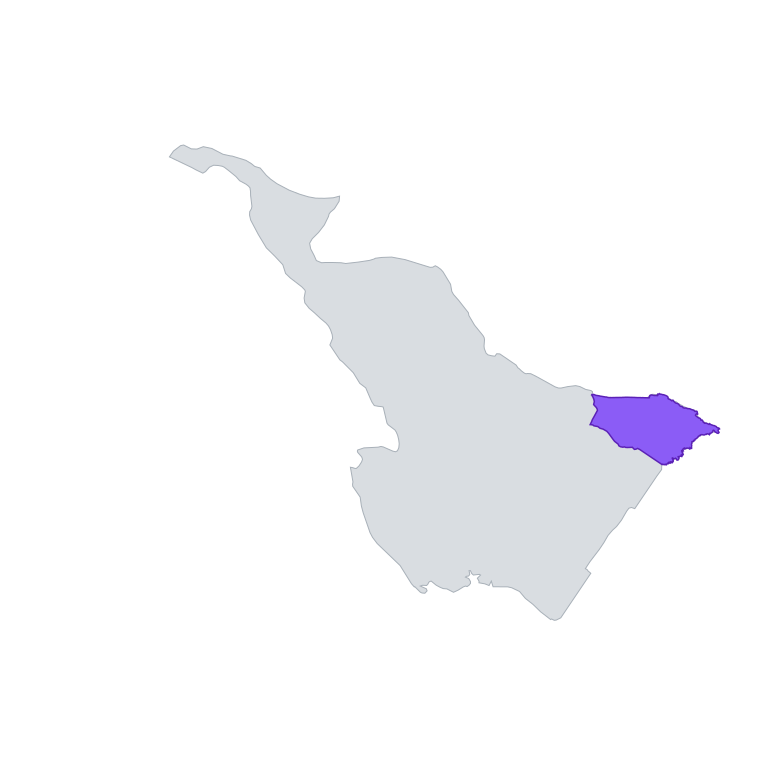 location of Boumba-Et-Ngoko, Est, Cameroon, rotated 304°
{"feature_id": "32672807B40314964499081", "entity_name": "Boumba-Et-Ngoko", "entity_type": "district", "adm_level": 2, "iso_a3": "CMR", "parent_name": "Cameroon", "parent_adm1": "Est", "projection": "equal_earth", "projection_center": [15.54, 2.833], "detail": "fine", "context": "in_parent", "style": "filled", "palette": "violet", "viewbox_px": 768, "rotation_deg": 304, "n_neighbors": 0, "source": "geoboundaries", "source_scale": "gbopen_adm2", "svg_char_len": 9539}
<svg xmlns="http://www.w3.org/2000/svg" viewBox="0 0 768 768"><g transform="rotate(304 384 384)"><path d="M232.7,522.6L233.8,518.4L242.5,498.9L247.9,467.7L250.4,460.4L253.0,455.5L265.5,438.9L270.1,433.6L276.9,427.5L281.7,415.3L283.3,414.0L285.5,413.0L296.2,402.7L297.1,404.7L297.8,407.2L298.6,408.3L302.1,409.1L306.9,409.0L309.6,408.3L311.1,406.2L312.6,400.5L313.5,399.4L314.6,399.1L319.8,403.1L328.3,414.4L330.5,416.4L331.4,418.6L333.3,428.9L334.3,431.5L336.2,432.5L339.5,431.9L343.0,430.0L346.0,427.4L349.1,424.0L351.1,420.9L352.0,418.7L352.5,410.3L353.2,408.4L364.4,396.3L364.1,395.1L362.3,391.7L360.7,388.0L362.3,384.1L364.1,381.1L370.6,371.0L371.0,363.6L376.2,352.2L379.2,337.0L379.3,334.0L386.1,317.3L393.2,315.8L395.9,313.5L399.1,309.3L401.1,305.5L402.1,301.8L402.8,294.7L404.1,286.7L404.9,279.6L407.0,273.0L410.6,269.7L416.8,267.0L417.7,265.7L418.6,261.4L419.5,247.0L420.6,240.6L426.3,233.4L428.9,222.1L431.1,210.3L437.7,196.1L445.3,181.9L448.8,178.1L451.8,176.3L455.2,176.1L457.5,175.1L465.7,168.0L469.1,165.6L471.7,163.2L472.3,161.0L472.5,157.9L471.8,150.6L473.2,145.3L474.0,136.9L474.4,130.5L474.1,128.2L472.5,124.5L470.1,120.4L466.0,118.0L460.4,117.3L457.5,115.9L456.4,108.5L456.0,103.8L452.3,79.1L459.4,79.2L467.9,82.1L470.1,84.3L471.2,92.8L474.2,97.6L479.7,101.5L483.0,109.6L484.4,122.0L487.3,129.3L488.0,130.5L492.2,144.4L492.5,150.9L492.1,155.2L493.8,160.6L491.2,169.7L490.4,175.4L490.2,183.3L491.7,197.2L494.2,208.0L496.9,216.7L499.9,223.5L504.8,231.0L510.0,237.8L514.9,242.1L510.4,244.6L501.6,244.9L496.6,243.5L494.2,243.4L491.8,244.3L482.5,245.6L473.1,245.0L464.4,243.3L459.1,243.6L455.0,247.7L451.6,254.0L448.5,258.9L449.6,264.4L451.9,267.4L456.4,274.1L460.5,280.6L462.5,284.9L470.6,294.4L478.4,302.9L482.1,305.9L483.4,306.5L487.7,311.4L493.5,319.4L498.9,331.9L506.5,357.0L508.1,359.1L510.7,360.4L511.0,363.1L510.8,367.0L510.0,370.2L503.9,383.4L498.7,388.4L497.1,391.5L495.1,399.1L490.3,414.0L488.2,416.1L483.4,426.2L479.5,439.0L478.5,441.0L476.9,442.6L471.4,445.7L469.5,447.3L466.7,451.3L466.3,453.9L467.6,457.5L469.1,460.4L472.1,460.5L473.7,463.2L473.6,483.0L472.3,485.9L472.3,487.3L471.7,490.7L471.5,494.5L471.9,496.0L473.0,497.2L474.6,499.9L475.4,506.0L477.3,527.4L478.2,530.8L479.7,533.1L484.6,537.8L489.8,543.8L491.4,547.8L492.3,554.3L494.3,559.3L494.2,561.1L493.4,561.7L490.2,562.2L491.3,565.9L494.0,572.3L507.1,592.1L519.7,609.8L522.6,611.1L524.8,611.5L525.8,612.6L527.0,615.1L531.2,621.5L531.9,625.3L531.0,628.8L532.0,634.3L532.7,636.3L532.4,638.1L532.9,644.9L534.0,650.7L535.9,655.8L535.7,659.3L533.2,661.3L531.8,664.5L531.4,669.1L532.1,674.7L534.0,681.2L534.1,685.0L531.0,687.6L527.6,683.1L523.9,680.1L518.3,674.8L512.7,672.9L505.4,672.6L502.3,673.2L496.9,668.9L495.2,668.3L492.8,670.1L491.1,670.2L489.1,669.5L484.9,669.6L484.6,666.5L483.8,665.9L479.4,666.2L478.0,663.7L477.4,664.0L475.7,663.2L472.1,659.6L468.3,662.0L460.4,661.7L420.9,661.6L420.0,658.2L418.0,656.5L414.4,656.3L403.9,657.0L395.9,656.5L390.5,655.2L383.8,654.4L375.5,655.0L367.0,655.0L351.9,654.1L343.5,654.2L343.7,656.2L343.1,657.7L342.7,661.3L289.0,661.3L284.6,658.8L283.3,657.3L282.9,654.3L281.9,653.9L282.7,641.3L284.6,630.8L285.3,621.1L287.8,612.4L286.5,603.8L285.0,600.0L276.9,587.8L280.6,583.2L275.7,583.8L274.7,579.3L272.3,573.9L273.7,573.0L275.2,570.0L279.6,570.9L279.5,569.5L275.6,564.9L276.0,562.6L277.6,560.0L276.8,558.9L274.1,561.6L272.1,561.5L270.6,559.8L269.4,559.5L270.1,563.0L268.6,566.1L267.1,567.2L264.6,567.0L262.6,566.2L262.0,564.5L260.1,563.2L254.7,560.8L250.2,558.1L249.3,550.7L247.5,547.5L246.8,543.9L246.4,539.7L247.0,533.4L245.9,532.4L244.6,532.0L242.6,532.3L240.8,532.0L238.7,528.5L236.8,527.1L237.9,533.6L236.6,535.4L233.4,534.9L232.0,532.4L231.7,530.6L233.2,522.8L232.7,522.6Z" fill="#d9dde1" stroke="#a8b0b8" stroke-width="1"/><path d="M465.6,577.6L466.8,579.9L466.7,581.4L468.3,585.1L468.1,587.9L469.1,590.9L469.4,595.2L468.7,597.9L466.2,604.8L465.4,607.2L465.1,611.3L465.0,611.9L464.1,613.2L464.2,615.1L465.2,617.4L466.3,618.4L466.6,619.9L467.6,621.5L470.4,625.3L469.8,628.1L470.7,629.2L472.4,630.3L472.7,632.6L472.7,659.5L472.9,659.6L473.2,659.7L473.4,660.0L473.5,660.6L473.7,660.9L474.1,661.9L474.6,661.9L474.8,662.2L474.9,662.4L474.7,662.9L474.9,663.3L475.1,663.4L476.1,663.3L476.3,663.3L476.5,663.4L476.8,663.8L477.0,664.4L477.5,664.5L477.8,664.7L478.0,664.5L477.8,664.1L477.8,663.9L477.8,663.7L478.1,663.7L479.1,664.7L479.1,664.9L479.1,665.2L478.6,665.1L478.6,665.4L478.6,665.6L478.9,665.6L479.3,665.2L479.8,665.1L479.9,665.3L480.0,665.6L479.9,665.9L479.7,666.6L479.9,667.0L480.1,667.0L480.6,666.4L480.8,666.4L481.3,667.1L482.0,666.9L482.3,666.5L482.3,666.4L482.5,666.0L482.9,665.8L483.5,666.0L483.6,665.8L483.6,665.6L483.3,664.9L483.4,664.7L483.8,664.4L484.0,664.5L484.1,664.8L484.1,665.9L484.2,666.4L484.5,666.7L485.4,667.0L485.5,667.3L485.5,667.7L485.4,668.3L485.2,668.7L484.8,669.1L484.8,669.3L484.9,669.6L485.4,670.2L485.8,670.4L486.1,670.4L486.4,670.2L487.0,670.2L487.6,670.0L487.8,669.8L488.0,668.8L488.3,668.5L489.2,669.6L489.8,669.9L490.2,670.3L490.2,671.1L490.5,671.5L490.9,671.3L491.5,670.2L491.8,670.4L491.9,670.6L491.8,671.0L491.8,671.3L492.1,671.3L492.4,671.5L493.1,671.4L493.3,670.9L493.4,670.3L493.7,669.6L493.9,669.6L494.2,669.9L494.4,669.8L494.7,669.5L494.7,669.2L494.8,668.3L494.9,668.2L495.3,668.1L495.6,669.2L495.8,669.4L495.9,669.5L496.3,668.8L496.6,668.4L497.0,668.3L497.4,668.3L497.7,668.6L498.5,668.6L498.9,668.9L498.8,669.2L498.5,669.8L499.2,669.9L499.4,670.2L499.5,670.5L500.0,670.7L500.4,671.2L500.9,672.0L501.1,672.6L501.1,672.9L501.0,673.5L501.0,673.8L501.3,674.0L501.5,674.0L501.8,673.8L502.2,673.5L502.2,673.8L502.1,674.1L502.3,674.6L502.6,675.0L503.1,674.7L504.3,673.8L504.5,673.7L505.1,673.5L505.7,672.8L506.1,672.6L506.8,672.3L507.9,671.9L508.2,671.6L508.5,671.6L509.7,672.7L509.9,672.8L510.3,672.4L510.5,672.4L510.8,672.5L511.3,673.1L511.5,673.1L512.1,672.8L512.4,672.8L513.0,673.3L513.8,673.6L514.9,673.9L515.5,674.0L516.2,673.8L517.6,674.5L517.8,674.9L518.0,675.0L518.4,674.7L518.7,674.8L519.3,675.2L519.5,675.4L519.7,675.9L520.2,676.5L520.3,676.9L520.5,677.5L521.0,678.2L521.8,678.6L522.1,678.7L522.4,679.4L522.6,679.5L523.4,679.6L523.6,679.9L524.0,681.6L523.9,682.1L524.1,682.1L524.6,681.5L525.1,681.6L525.2,682.1L525.3,682.3L525.5,682.4L526.0,682.4L527.0,683.0L528.5,683.1L529.4,682.8L529.7,682.8L529.9,683.0L530.0,683.4L530.0,683.7L529.5,684.9L529.4,685.3L529.4,685.7L529.6,686.0L529.5,687.0L529.5,687.4L529.8,688.4L529.9,688.6L530.5,688.7L530.9,688.9L531.2,688.9L531.8,687.7L532.0,687.1L532.4,686.9L532.6,686.8L532.8,686.8L533.2,686.6L533.4,686.6L533.6,686.6L534.0,687.1L534.4,687.3L534.6,686.9L534.7,686.3L534.7,686.1L534.4,685.4L534.2,685.0L534.2,684.5L534.2,684.0L534.4,683.6L534.5,683.0L534.3,682.0L534.2,681.1L533.9,680.5L533.7,680.2L533.6,679.6L533.2,678.0L533.1,677.4L533.1,677.0L533.2,676.5L533.2,676.3L533.2,676.2L532.5,676.3L532.3,676.2L532.2,676.0L532.1,674.9L532.1,674.5L531.9,674.1L531.9,673.5L531.8,673.2L531.4,672.7L531.1,672.2L530.8,671.9L530.8,671.7L531.0,671.3L530.8,670.7L530.9,670.2L531.1,669.6L531.7,668.9L532.0,668.1L532.0,667.8L531.7,667.5L531.4,667.3L531.3,667.0L531.3,666.8L531.5,666.5L531.9,666.2L532.1,665.9L532.2,665.5L532.2,664.9L532.1,664.4L532.0,664.2L531.8,663.8L531.8,662.7L531.9,661.9L532.0,660.5L532.1,659.9L532.5,659.6L533.2,659.6L533.5,659.7L533.9,659.7L534.0,659.9L534.2,660.8L534.3,660.9L534.5,660.9L534.8,660.6L535.0,660.1L535.3,659.8L535.8,659.6L536.1,659.1L536.3,658.7L536.3,658.4L536.2,658.3L535.2,657.1L535.2,656.6L535.4,656.0L535.4,655.6L535.2,654.5L535.0,653.9L534.9,653.6L534.6,652.5L534.5,651.5L534.4,651.1L533.9,650.3L533.2,649.2L533.2,648.6L533.1,648.4L532.9,648.0L532.7,647.3L532.1,646.7L532.0,646.4L532.0,646.1L531.8,645.8L531.6,645.3L531.8,645.0L531.9,644.6L532.0,643.9L532.0,643.6L531.8,643.2L531.5,642.9L531.4,642.5L531.3,642.0L531.5,641.0L531.8,640.2L531.9,639.7L532.0,639.3L532.0,638.2L531.4,636.7L531.3,636.0L531.5,634.8L531.6,634.1L531.8,633.6L532.0,633.2L532.2,632.7L531.9,632.3L531.4,632.3L531.1,632.1L531.0,631.9L531.2,631.7L531.0,631.3L531.0,631.2L531.1,630.3L531.2,629.9L531.0,629.6L531.0,629.4L530.9,629.1L530.9,628.7L530.7,628.2L530.7,627.8L530.7,627.7L531.5,627.2L531.8,626.7L532.0,626.5L532.2,626.2L532.2,625.5L532.1,624.6L532.1,624.2L531.6,622.4L531.5,621.8L531.0,621.2L530.9,620.6L530.7,620.0L530.4,619.3L530.1,618.8L530.0,618.6L530.1,618.0L529.9,618.0L529.6,617.8L529.3,617.6L529.2,617.5L529.2,617.1L528.9,616.9L528.8,616.6L528.4,616.6L528.1,616.6L527.9,616.6L527.7,616.8L527.6,617.3L527.4,617.3L527.0,616.7L526.3,615.5L526.0,614.9L525.7,614.7L525.2,613.6L524.8,612.5L524.6,612.1L524.2,611.5L524.1,611.4L523.5,611.4L523.4,611.3L523.3,610.9L523.1,610.8L522.3,610.9L522.1,611.0L521.8,611.3L521.2,611.2L520.9,611.6L520.6,611.3L520.4,610.9L520.0,610.4L519.9,610.2L518.7,608.3L518.6,608.2L517.6,606.5L517.3,606.0L517.1,605.8L516.8,605.4L516.7,605.3L516.3,604.5L514.9,602.4L514.6,602.0L514.2,601.3L513.4,600.0L512.9,599.1L510.5,595.4L510.2,594.9L509.0,593.0L508.7,592.7L508.5,592.2L507.5,590.9L507.4,590.8L506.2,589.1L505.5,588.3L504.8,587.1L504.6,586.9L504.3,586.5L502.2,583.4L501.8,582.9L500.8,581.4L500.7,581.3L499.3,579.3L499.3,579.1L498.7,578.4L498.0,577.0L497.8,576.3L497.7,575.9L497.2,575.1L495.6,571.6L495.5,571.3L495.1,570.6L494.8,570.0L494.8,569.7L494.7,569.5L494.2,568.3L493.1,566.0L492.7,564.0L492.4,563.3L491.4,563.2L491.1,563.2L491.3,562.7L491.5,562.4L491.2,562.3L489.9,564.7L488.6,566.6L486.9,568.3L485.4,568.8L484.2,569.3L483.9,570.3L483.2,573.3L482.3,574.9L481.5,575.7L474.4,576.4L470.9,576.7L468.1,577.3L465.6,577.6Z" fill="#8b5cf6" stroke="#5b21b6" stroke-width="1.5"/></g></svg>